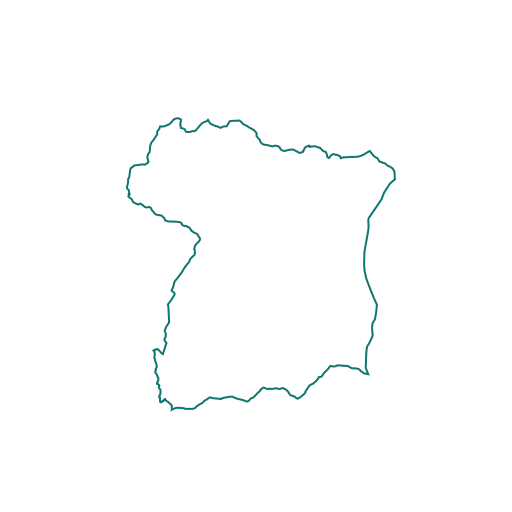 the district of Sucevita, Suceava, Romania, rotated 145°
{"feature_id": "2599482B88987982170225", "entity_name": "Sucevita", "entity_type": "district", "adm_level": 2, "iso_a3": "ROU", "parent_name": "Romania", "parent_adm1": "Suceava", "projection": "natural_earth1", "projection_center": [25.699, 47.77], "detail": "fine", "context": "isolated", "style": "outline", "palette": "teal", "viewbox_px": 512, "rotation_deg": 145, "n_neighbors": 0, "source": "geoboundaries", "source_scale": "gbopen_adm2", "svg_char_len": 6131}
<svg xmlns="http://www.w3.org/2000/svg" viewBox="0 0 512 512"><g transform="rotate(145 256 256)"><path d="M325.2,378.8L326.4,378.0L326.1,376.3L325.2,373.7L325.5,372.5L325.6,371.2L325.5,370.1L323.3,366.1L322.3,365.5L321.3,365.5L320.5,365.2L320.2,363.8L319.5,362.4L319.2,360.6L318.8,359.6L317.8,358.6L315.2,357.2L314.9,356.5L314.6,355.7L314.6,355.2L314.9,353.9L315.0,352.5L314.7,351.2L314.6,348.8L314.4,348.0L313.7,346.9L312.5,345.5L310.7,343.9L310.1,343.0L309.4,339.2L310.0,337.8L310.0,337.3L308.3,334.9L306.8,333.6L303.3,331.2L299.7,328.1L298.3,326.4L298.2,325.8L298.4,324.5L298.7,323.8L298.5,323.4L298.0,322.5L297.0,321.4L296.0,320.7L295.3,319.0L294.5,317.9L294.3,317.3L294.3,316.3L294.4,313.9L293.2,310.5L292.4,309.3L291.6,307.8L291.8,303.2L292.0,302.0L293.0,301.2L295.0,300.5L298.1,300.1L300.3,299.2L302.7,297.1L302.7,296.1L303.3,295.3L304.6,293.0L305.8,292.2L311.0,291.5L312.6,290.6L314.6,289.3L315.8,289.1L320.2,287.8L326.7,285.0L332.5,283.1L337.4,281.8L341.4,278.3L344.7,276.3L345.0,275.6L344.0,272.7L344.5,271.4L345.3,270.9L350.6,268.6L356.0,266.8L357.0,264.5L365.2,251.5L370.7,249.2L373.0,247.6L373.8,246.7L374.5,244.0L375.4,242.8L376.0,241.9L378.0,240.8L379.1,239.8L379.5,238.6L379.2,237.2L379.2,236.2L388.5,229.1L389.2,230.6L389.5,234.3L389.7,235.2L390.3,236.5L392.2,236.8L392.4,237.3L394.3,237.3L394.2,236.5L394.3,235.5L394.6,234.6L395.0,234.0L397.8,230.7L397.7,230.4L399.1,226.8L399.2,226.0L400.3,223.0L400.9,222.0L401.5,221.6L402.7,221.2L403.2,220.8L403.6,219.7L404.7,219.3L405.2,218.2L405.4,217.5L405.2,216.7L405.5,215.2L405.5,214.7L405.8,213.9L406.0,212.3L406.6,211.0L406.9,210.6L408.0,209.7L408.6,209.6L409.0,209.2L409.4,209.1L409.7,208.7L410.1,208.5L410.3,208.3L410.4,208.0L409.6,206.9L409.4,205.8L409.5,205.2L410.7,204.4L411.0,203.8L411.2,202.5L411.0,201.6L411.0,201.3L411.2,200.8L412.9,198.4L413.4,197.9L414.2,197.8L414.6,197.5L414.9,196.8L416.1,196.1L416.3,195.9L415.9,195.0L418.1,191.9L418.1,191.4L417.6,190.4L417.4,190.3L417.1,190.4L416.7,190.8L415.8,190.6L415.6,190.8L415.4,190.8L415.0,190.3L414.8,190.3L414.1,190.9L413.4,190.9L412.9,191.2L412.6,191.1L412.7,190.9L413.0,190.6L412.8,190.4L412.3,187.8L411.7,187.0L410.8,182.4L410.9,181.5L411.9,180.4L412.1,179.4L413.1,178.4L412.1,178.3L409.7,177.7L408.0,177.1L406.9,176.4L402.3,172.6L401.7,171.5L401.0,170.9L395.6,167.1L393.1,166.4L390.6,166.9L387.2,166.8L384.3,166.4L383.4,166.5L381.7,167.0L378.3,166.7L375.1,166.8L371.9,163.4L367.6,159.8L366.9,159.0L366.4,158.8L365.3,158.9L360.1,156.7L356.4,154.7L355.9,154.1L355.0,152.4L354.1,151.0L348.9,144.9L347.3,142.3L346.4,141.7L345.8,141.6L344.4,141.6L343.5,141.8L342.9,142.1L342.4,142.2L341.7,142.2L340.0,141.7L338.0,141.8L334.1,142.7L330.0,143.2L329.5,143.3L328.9,143.9L328.5,144.0L325.4,144.0L324.8,143.3L323.5,141.1L322.5,140.3L320.8,139.4L319.4,138.1L318.9,137.8L316.1,136.5L315.4,136.1L313.8,134.3L312.6,133.4L309.8,132.5L308.4,130.1L307.8,128.4L307.5,125.7L307.8,123.2L307.5,122.0L305.7,119.9L305.0,118.4L304.6,116.9L304.1,116.0L303.8,115.2L300.1,114.9L295.6,115.4L294.2,115.7L293.1,116.7L286.6,119.2L285.4,119.2L282.1,118.7L278.9,119.0L276.4,119.6L273.7,120.8L273.1,120.1L271.7,119.7L271.2,119.7L267.2,121.2L263.7,121.7L261.6,122.2L259.9,122.8L258.0,123.3L257.2,122.3L255.5,120.7L253.8,120.0L252.6,119.8L251.7,119.6L245.7,114.6L244.2,113.5L243.7,113.0L243.0,111.1L241.9,109.3L240.7,108.1L238.5,106.5L237.0,104.9L236.6,104.3L236.4,103.6L236.2,101.9L235.9,100.8L234.8,98.0L231.9,94.8L230.2,101.6L221.8,112.6L218.5,116.6L216.7,118.2L212.9,119.8L207.5,122.8L205.9,124.2L202.2,130.5L199.2,134.0L194.8,136.0L190.2,140.6L184.9,146.7L183.7,153.3L181.5,162.9L178.7,174.0L175.5,181.8L172.2,187.2L164.8,197.2L150.4,211.5L147.2,215.1L143.7,220.6L142.2,222.3L120.9,230.3L114.8,234.4L104.8,238.5L98.0,239.2L97.2,241.1L96.1,242.5L94.9,244.5L94.0,246.6L93.9,249.4L95.0,252.4L96.1,253.9L97.2,257.8L100.7,262.6L100.5,266.6L101.5,268.4L102.1,270.2L102.5,274.5L102.5,276.7L103.8,277.0L109.4,277.3L111.4,277.6L115.2,278.7L116.6,279.5L118.9,281.0L119.6,281.3L120.7,282.3L121.8,283.0L123.8,284.0L125.4,285.2L127.1,286.1L127.9,286.8L130.4,287.4L130.0,289.5L130.3,290.2L130.7,290.9L131.9,292.7L132.5,293.1L133.2,293.8L133.9,295.0L134.3,295.2L136.4,295.5L140.1,294.4L140.8,296.2L139.9,298.1L139.3,300.1L139.2,301.3L139.5,301.9L140.2,302.6L140.8,303.5L141.6,308.0L143.3,309.9L143.6,310.6L144.8,312.2L148.5,314.2L149.5,314.6L148.9,315.6L149.6,316.1L150.5,316.4L152.3,316.7L154.5,316.5L155.0,315.9L155.6,315.6L156.5,315.4L157.2,314.8L157.3,314.5L158.1,314.4L160.3,315.1L160.8,315.2L161.5,315.8L162.2,317.6L163.2,319.2L163.7,320.5L164.3,321.6L165.6,322.7L166.1,323.0L166.8,323.3L167.9,324.0L169.5,324.6L171.1,325.1L172.4,325.7L173.4,326.6L174.0,327.6L174.6,329.3L174.6,329.9L174.4,330.8L174.3,331.7L174.5,332.3L175.5,334.0L177.4,335.6L179.7,336.4L183.2,340.4L184.9,342.0L185.7,343.0L186.2,343.3L186.4,343.6L186.7,345.6L187.0,346.5L186.8,347.4L186.4,348.3L186.3,349.1L186.8,353.3L186.7,354.1L185.2,356.0L185.1,357.1L185.5,360.5L188.1,365.6L188.7,367.6L190.9,371.5L191.1,373.7L191.5,375.5L192.0,376.6L193.1,377.2L199.2,381.1L200.3,381.4L200.5,381.4L205.6,379.0L208.4,380.9L210.6,381.1L211.5,381.3L211.9,381.6L212.3,382.8L213.5,384.6L214.4,385.2L215.0,386.3L217.4,390.2L217.5,391.0L217.3,395.0L218.7,394.6L221.7,395.4L222.9,395.6L224.7,395.6L228.0,394.9L232.8,393.5L234.5,393.4L236.7,394.9L239.0,395.5L240.5,396.5L242.0,397.8L242.1,398.5L241.7,400.4L242.4,401.9L242.9,402.7L243.6,403.5L244.1,403.9L244.0,404.3L243.1,405.7L243.2,406.3L240.8,409.1L239.2,410.6L239.2,410.8L240.5,413.1L241.1,413.8L242.6,414.5L244.6,415.0L245.3,415.0L248.2,414.2L250.8,413.7L252.1,413.7L253.1,414.0L256.7,414.8L258.2,415.6L260.1,417.2L262.5,415.5L264.9,414.9L266.1,414.0L266.5,413.3L267.2,412.3L272.1,410.3L276.8,408.8L278.8,407.5L280.1,406.2L282.1,403.7L283.7,402.1L286.6,401.0L288.5,399.0L289.6,396.2L289.8,395.1L291.1,394.4L293.7,394.4L294.9,394.7L296.5,396.2L301.2,398.5L303.4,399.9L306.5,399.7L308.0,399.8L309.3,399.1L314.6,393.3L316.7,392.3L318.5,389.7L322.4,386.2L322.7,385.4L322.6,382.5L323.1,381.8L323.3,381.1L323.6,380.6L324.1,380.4L324.7,379.9L324.7,379.5L324.1,379.1L324.1,378.9L325.2,378.8Z" fill="none" stroke="#0f766e" stroke-width="2"/></g></svg>